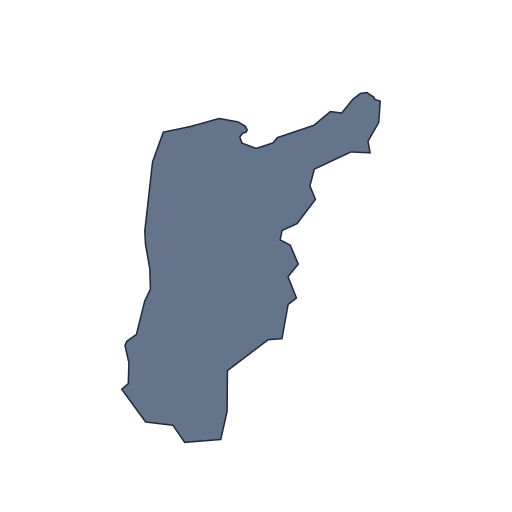 the district of Northumberland, Virginia, United States of America, rotated 245°
{"feature_id": "52423323B72181240507499", "entity_name": "Northumberland", "entity_type": "district", "adm_level": 2, "iso_a3": "USA", "parent_name": "United States of America", "parent_adm1": "Virginia", "projection": "equal_earth", "projection_center": [-76.396, 37.858], "detail": "fine", "context": "isolated", "style": "filled", "palette": "slate", "viewbox_px": 512, "rotation_deg": 245, "n_neighbors": 0, "source": "geoboundaries", "source_scale": "gbopen_adm2", "svg_char_len": 862}
<svg xmlns="http://www.w3.org/2000/svg" viewBox="0 0 512 512"><g transform="rotate(245 256 256)"><path d="M200.8,274.9L223.8,276.3L230.8,290.9L251.4,291.6L260.4,284.7L268.1,290.4L268.0,307.0L282.2,333.8L296.8,334.5L310.1,345.6L310.2,386.0L301.3,403.0L312.7,406.0L325.2,423.7L343.8,434.0L347.7,429.9L350.0,430.0L357.3,425.6L359.2,419.2L357.1,410.0L349.4,394.1L355.5,384.4L350.0,363.7L354.3,325.3L351.3,319.1L353.5,301.5L364.1,291.1L370.7,291.5L372.9,295.8L372.5,299.7L374.0,301.3L378.1,301.2L385.1,296.4L396.2,280.7L401.0,251.7L407.4,224.3L385.0,202.0L325.7,165.8L313.3,160.8L289.5,154.4L270.6,146.3L262.1,136.0L235.4,114.4L233.3,102.7L230.2,99.4L213.0,95.7L194.3,86.3L192.0,78.0L152.2,85.8L137.7,109.2L117.2,112.6L104.6,146.5L127.5,164.2L164.2,181.7L175.0,231.6L170.1,244.6L198.5,264.6L200.8,274.9Z" fill="#64748b" stroke="#1e293b" stroke-width="1.5"/></g></svg>